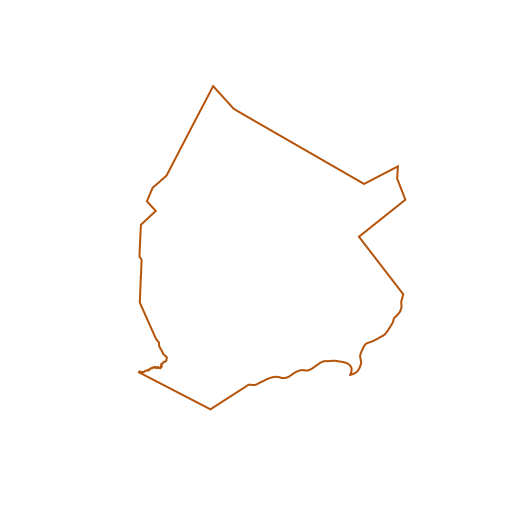 Capital, La Rioja, Argentina (orthographic projection), rotated 227°
{"feature_id": "61730980B64159378499320", "entity_name": "Capital", "entity_type": "district", "adm_level": 2, "iso_a3": "ARG", "parent_name": "Argentina", "parent_adm1": "La Rioja", "projection": "orthographic", "projection_center": [-66.622, -29.46], "detail": "fine", "context": "isolated", "style": "outline", "palette": "amber", "viewbox_px": 512, "rotation_deg": 227, "n_neighbors": 0, "source": "geoboundaries", "source_scale": "gbopen_adm2", "svg_char_len": 5313}
<svg xmlns="http://www.w3.org/2000/svg" viewBox="0 0 512 512"><g transform="rotate(227 256 256)"><path d="M174.9,118.1L174.2,122.4L166.9,162.8L166.0,163.7L165.4,164.4L164.6,165.0L163.9,165.6L163.2,166.3L162.6,167.0L162.1,167.9L161.7,168.8L161.5,169.7L161.2,170.6L160.9,171.6L160.7,172.5L160.5,173.5L160.2,174.4L159.8,175.2L159.5,176.2L159.2,177.1L159.1,178.1L158.8,179.0L158.5,179.9L158.1,180.8L157.8,181.7L157.4,182.6L157.0,183.5L156.6,184.3L156.1,185.2L155.7,186.1L155.2,186.9L154.5,187.6L153.9,188.3L153.2,189.1L152.5,189.6L151.7,190.2L150.9,190.7L149.8,191.3L148.5,192.3L147.8,193.0L147.2,193.8L146.6,194.6L146.2,195.4L145.9,196.3L145.5,197.2L145.2,198.2L145.2,199.1L144.9,200.1L144.8,201.0L144.7,202.0L144.5,202.9L144.4,203.9L144.2,204.9L144.0,205.8L143.7,206.7L143.4,207.6L143.1,208.5L142.7,209.4L142.2,210.3L141.7,211.1L141.1,211.8L140.4,212.6L139.7,213.2L139.0,213.8L138.2,214.5L137.5,215.1L136.9,215.8L136.5,216.7L136.2,217.6L135.9,218.6L135.6,219.5L135.4,220.4L135.3,221.4L135.1,222.4L135.0,223.3L134.9,224.3L134.8,225.2L134.6,226.2L134.4,227.1L134.3,228.1L134.2,229.1L134.1,230.0L133.8,230.9L133.5,231.9L133.3,232.8L132.8,233.7L132.2,234.4L131.6,235.2L131.0,235.9L130.3,236.6L129.7,237.3L129.0,238.0L128.4,238.8L127.9,239.6L127.3,240.4L126.6,241.1L126.0,241.8L125.3,242.5L124.6,243.1L123.8,243.7L123.0,244.3L122.2,244.8L121.5,245.5L120.8,246.1L120.0,246.6L119.2,247.2L118.4,247.8L117.6,248.3L116.8,248.8L115.9,249.2L115.0,249.6L114.1,249.8L113.1,250.0L112.2,250.1L111.2,250.0L110.3,249.8L109.3,249.6L108.5,249.1L107.8,248.5L107.1,247.8L106.4,247.1L106.0,246.2L105.6,245.3L104.8,243.9L104.2,244.9L103.9,245.8L103.4,246.7L103.2,247.6L103.0,248.5L102.6,249.4L102.6,250.4L102.6,251.4L102.6,252.3L102.9,253.3L103.2,254.2L103.4,255.1L103.8,256.0L104.3,256.9L104.7,257.7L105.2,258.6L105.7,259.4L106.3,260.1L107.0,260.8L107.8,261.3L108.7,261.8L109.5,262.3L110.3,262.8L111.1,263.4L111.8,264.0L112.5,264.7L113.0,265.5L113.5,266.4L113.9,267.3L114.3,268.1L114.7,269.0L115.0,269.9L115.3,270.9L115.7,271.7L116.1,272.6L116.4,273.5L116.6,274.5L116.7,275.4L116.8,276.4L116.6,277.3L116.3,278.3L115.9,279.1L115.5,280.0L115.1,280.9L114.7,281.8L114.3,282.7L114.0,283.6L113.7,284.5L113.4,285.4L113.2,286.4L112.9,287.3L112.7,288.3L112.4,289.2L112.2,290.1L112.0,291.1L111.8,292.0L111.6,293.0L111.3,293.9L111.0,294.8L110.9,295.8L110.8,296.7L110.9,297.7L111.0,298.7L111.2,299.6L111.4,300.6L111.6,301.5L111.8,302.5L112.1,303.4L112.3,304.3L112.6,305.3L112.8,306.2L113.1,307.1L113.3,308.1L113.6,309.0L113.8,309.9L114.2,310.8L114.6,311.7L115.2,312.5L115.7,313.3L116.2,314.1L116.4,315.1L116.4,316.0L116.3,317.0L116.4,318.0L116.5,318.9L116.6,319.9L116.6,320.9L116.8,321.8L117.0,322.8L117.2,323.7L117.7,324.6L118.1,325.4L118.6,326.3L119.1,327.1L119.7,327.8L120.4,328.5L121.2,329.1L121.9,329.7L122.7,330.3L123.4,331.0L124.0,331.7L124.5,332.6L125.0,333.4L125.5,334.2L126.0,335.0L126.5,335.9L127.0,336.7L127.6,337.6L153.0,340.0L199.9,344.4L195.3,403.6L216.3,412.0L224.8,420.9L235.0,384.2L238.8,383.0L355.3,347.2L370.0,342.7L378.8,340.1L409.4,340.5L409.2,339.8L408.1,336.7L402.1,319.7L402.0,319.3L401.8,318.7L400.9,316.2L397.1,305.4L395.1,299.8L394.6,298.3L381.0,260.0L375.8,245.4L376.4,226.9L370.4,213.5L368.8,213.5L357.3,213.4L357.3,209.1L357.3,202.1L357.3,195.0L357.4,193.2L338.2,173.5L335.4,170.7L335.0,170.4L334.5,170.2L332.0,170.0L331.5,169.8L331.1,169.6L320.3,158.7L318.9,156.9L318.7,157.0L305.0,143.1L301.1,139.2L273.7,129.8L264.9,126.8L264.7,126.7L264.2,126.6L263.9,126.4L263.6,126.3L263.0,126.3L262.5,126.3L261.9,126.2L261.3,126.1L260.9,126.1L259.0,126.0L258.8,126.0L258.7,125.9L257.9,125.3L257.9,125.2L257.4,124.8L256.5,124.1L256.2,123.9L255.8,123.5L255.1,123.4L254.8,123.3L254.3,123.2L253.9,123.1L253.3,123.0L252.7,122.8L252.4,122.8L251.2,122.5L250.2,122.2L249.7,122.1L249.3,122.0L249.1,121.9L248.8,121.8L248.5,121.6L248.1,121.5L247.9,121.4L247.7,121.3L247.0,121.3L246.4,121.4L245.7,121.5L245.4,121.5L244.0,121.6L243.5,121.7L243.4,121.7L243.2,121.7L242.7,121.6L242.2,121.3L242.1,121.0L241.7,120.3L241.5,120.0L241.2,119.6L241.0,119.3L240.9,119.3L240.9,119.2L240.7,118.6L240.7,117.8L240.6,117.6L241.1,116.9L241.3,116.7L241.4,115.6L241.5,115.4L241.5,115.2L241.4,115.1L241.3,114.6L241.0,114.2L240.9,114.1L240.8,113.5L240.9,113.3L240.9,113.2L241.0,113.1L241.0,112.9L241.3,112.8L241.2,112.7L240.8,112.4L240.7,112.1L240.6,111.7L240.4,111.4L240.2,111.5L239.9,111.5L239.4,111.6L239.2,111.0L239.3,110.3L239.2,109.8L239.2,109.5L239.5,109.5L239.7,109.3L239.8,109.2L240.0,109.0L240.3,108.8L240.3,108.7L240.6,108.7L240.9,108.7L241.3,108.7L241.5,108.7L241.6,108.4L241.5,108.0L241.3,107.7L241.4,107.4L241.6,107.4L242.1,107.3L242.2,106.8L242.3,106.7L242.6,106.4L242.6,106.5L243.0,106.8L243.4,106.9L243.6,106.7L243.8,106.5L243.9,106.2L243.7,106.0L243.7,105.9L243.8,105.9L244.1,105.6L244.3,105.3L244.5,105.0L244.9,104.4L245.0,104.3L245.0,103.7L244.9,103.6L244.8,103.3L245.0,103.2L245.3,102.9L245.6,102.7L245.5,102.3L245.4,101.8L245.4,101.6L245.5,101.3L245.6,101.0L246.0,100.7L246.0,100.3L246.0,100.2L245.5,99.3L245.6,99.1L246.4,98.9L246.7,98.5L247.0,98.0L247.1,97.8L247.1,97.1L247.6,96.1L247.5,95.9L247.5,95.5L247.8,94.7L248.1,94.5L248.3,94.3L248.3,94.1L248.3,93.9L248.7,93.6L249.1,93.2L249.8,92.8L250.5,92.3L250.9,92.1L251.0,91.9L251.0,91.4L250.9,91.1L250.3,91.3L250.1,91.3L174.9,118.1Z" fill="none" stroke="#b45309" stroke-width="2"/></g></svg>